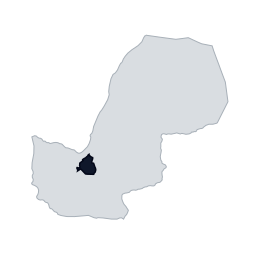 location of Cordillera within Paraguay, rotated 83°
{"feature_id": "PRY-604", "entity_name": "Cordillera", "entity_type": "Department", "adm_level": 1, "iso_a3": "PRY", "parent_name": "Paraguay", "parent_adm1": "", "projection": "robinson", "projection_center": [-57.018, -25.289], "detail": "fine", "context": "in_parent", "style": "filled", "palette": "ink", "viewbox_px": 256, "rotation_deg": 83, "n_neighbors": 0, "source": "natural_earth", "source_scale": "10m", "svg_char_len": 4335}
<svg xmlns="http://www.w3.org/2000/svg" viewBox="0 0 256 256"><g transform="rotate(83 128 128)"><path d="M134.1,47.3L134.6,49.1L134.9,50.5L135.6,51.5L136.3,52.8L137.0,53.5L137.5,54.8L137.4,56.2L137.7,58.0L138.0,59.5L138.4,59.9L139.4,60.4L139.9,61.8L139.6,62.5L139.7,63.3L140.1,64.1L139.7,64.9L139.9,65.5L140.6,66.0L141.3,68.0L141.3,71.3L140.6,73.1L140.1,74.6L139.9,75.5L140.3,76.8L139.6,78.4L138.8,80.3L139.0,81.6L139.1,82.8L139.2,84.1L139.4,85.4L139.2,86.7L138.9,87.8L138.7,89.1L139.1,90.6L138.5,92.0L138.1,93.0L138.0,94.0L138.6,95.5L140.2,96.2L141.5,96.3L142.7,95.5L143.6,95.3L145.3,96.0L146.9,97.3L148.9,97.5L150.6,97.7L152.0,98.1L154.0,97.6L156.0,98.1L158.4,98.9L160.4,99.5L162.4,99.4L163.9,99.3L165.4,98.5L166.9,98.6L168.1,97.3L168.7,96.2L169.3,95.3L170.9,94.7L172.0,95.1L173.0,97.2L174.6,98.5L175.2,99.4L176.4,99.8L179.0,99.9L180.7,99.8L182.5,100.4L183.7,100.4L184.8,101.6L185.8,103.0L185.9,105.5L186.8,107.5L188.0,108.2L188.6,109.4L188.4,111.2L187.9,112.9L187.9,114.8L188.6,116.5L188.6,118.2L189.0,119.9L189.8,121.4L190.1,123.8L190.0,125.5L190.5,126.5L190.7,127.9L190.4,129.0L190.2,130.6L190.3,132.0L190.7,133.1L192.0,134.6L192.3,137.2L192.3,139.0L192.9,141.2L193.9,142.2L195.6,142.5L197.6,142.8L200.0,142.3L202.1,141.7L203.3,141.2L205.7,139.6L207.7,138.7L208.8,138.1L209.8,137.7L211.8,138.7L213.7,139.9L215.2,141.7L217.9,143.5L217.4,144.0L216.3,145.5L216.3,147.4L217.1,150.0L216.4,155.5L214.2,163.9L213.3,168.8L213.7,170.2L212.9,172.6L209.9,177.9L209.8,181.4L209.4,192.1L208.4,199.6L206.7,205.1L205.2,208.1L203.8,208.5L202.9,209.3L202.3,210.8L201.2,211.9L199.6,212.9L198.7,213.9L198.6,215.0L197.0,215.7L194.1,216.1L192.4,216.9L191.9,218.4L190.9,219.6L189.5,220.4L188.8,221.9L188.8,223.9L188.0,225.6L186.3,227.0L184.7,227.0L183.2,225.7L181.3,224.8L178.8,224.3L176.8,224.7L175.1,225.8L173.7,227.6L172.4,230.0L171.0,230.4L169.4,228.8L167.5,228.3L165.1,229.0L163.2,228.7L161.8,227.6L159.6,227.5L156.7,228.4L150.8,227.4L141.9,224.6L134.3,223.5L125.1,224.5L124.3,221.6L124.8,220.0L126.3,218.8L127.2,217.5L127.6,215.9L128.6,214.8L130.3,214.0L131.0,213.2L130.8,212.4L131.1,211.7L132.1,211.0L132.7,210.1L132.8,208.7L133.2,208.0L133.8,207.5L133.9,206.6L133.5,203.7L133.5,201.4L134.0,199.6L134.6,198.4L135.0,198.2L135.3,197.5L135.5,196.4L136.1,195.4L139.0,193.2L140.1,192.1L140.2,191.1L140.7,189.6L142.4,186.6L143.0,185.1L143.0,184.4L143.6,183.7L145.8,182.0L146.9,180.4L147.1,178.9L146.6,177.2L145.4,175.3L141.6,170.5L138.6,168.4L134.9,166.6L132.4,166.0L131.2,166.6L130.0,166.1L128.8,164.5L126.7,163.3L122.3,161.9L112.4,156.3L108.5,153.6L107.1,152.0L103.4,149.0L97.4,144.7L92.7,142.6L89.5,142.7L84.3,141.5L77.1,138.9L73.0,136.3L71.8,133.9L69.2,131.4L65.0,128.9L62.8,127.3L62.6,126.5L61.4,125.5L59.1,124.3L56.5,122.1L53.7,119.1L50.7,114.4L47.5,108.0L44.1,103.7L40.4,101.5L38.6,100.0L38.6,99.3L38.1,98.6L38.5,97.4L39.8,92.5L41.7,85.5L43.6,78.2L45.8,69.7L45.8,63.6L45.7,57.2L49.0,51.9L51.3,48.2L53.4,44.6L55.4,38.5L56.7,34.5L62.0,33.5L70.9,31.4L75.4,30.3L84.8,28.1L94.3,25.8L104.4,25.7L114.1,25.6L121.6,30.6L127.4,34.5L133.7,38.7L134.1,39.6L134.6,43.2L134.1,47.3Z" fill="#d9dde1" stroke="#a8b0b8" stroke-width="1"/><path d="M169.8,167.7L168.8,174.3L168.4,175.8L163.1,179.7L163.0,179.9L163.0,180.1L163.1,180.4L164.4,183.1L164.5,183.3L163.6,183.0L163.4,183.0L163.2,182.9L163.0,183.1L162.8,183.2L162.6,183.3L162.3,183.5L162.2,183.6L161.4,183.5L161.2,183.5L161.0,183.4L161.0,183.2L161.3,182.8L161.6,182.5L161.7,182.3L161.7,182.2L161.5,181.7L161.3,180.9L161.3,180.7L161.1,180.5L160.9,180.5L160.6,180.4L159.1,180.6L158.9,180.5L158.5,180.4L158.0,180.3L157.8,180.2L157.2,180.2L156.9,180.0L156.7,179.8L155.6,177.7L155.2,176.9L155.0,176.7L154.8,176.6L154.7,176.7L154.6,176.8L154.4,177.0L154.1,177.0L154.0,176.9L153.8,176.8L153.6,176.5L152.9,175.1L152.7,174.6L152.7,174.2L152.6,173.9L152.3,173.5L151.7,172.8L151.0,171.6L150.8,171.4L149.9,170.8L149.9,170.7L149.4,169.9L150.1,169.9L150.6,169.4L150.8,169.3L151.0,169.2L151.3,169.1L151.5,168.9L152.8,167.3L153.0,166.7L153.5,166.7L154.1,166.8L154.5,166.9L154.9,167.2L156.3,167.8L157.0,168.1L157.4,168.1L157.8,168.1L158.2,167.9L158.5,167.8L158.6,167.6L158.6,167.4L158.6,167.1L158.6,166.9L158.7,166.7L158.9,166.4L159.1,166.4L159.4,166.3L162.8,165.6L163.9,165.2L165.4,165.1L165.7,165.1L167.7,165.9L168.0,166.2L168.8,167.2L169.0,167.3L169.8,167.7Z" fill="#0f172a" stroke="#020617" stroke-width="1.5"/></g></svg>